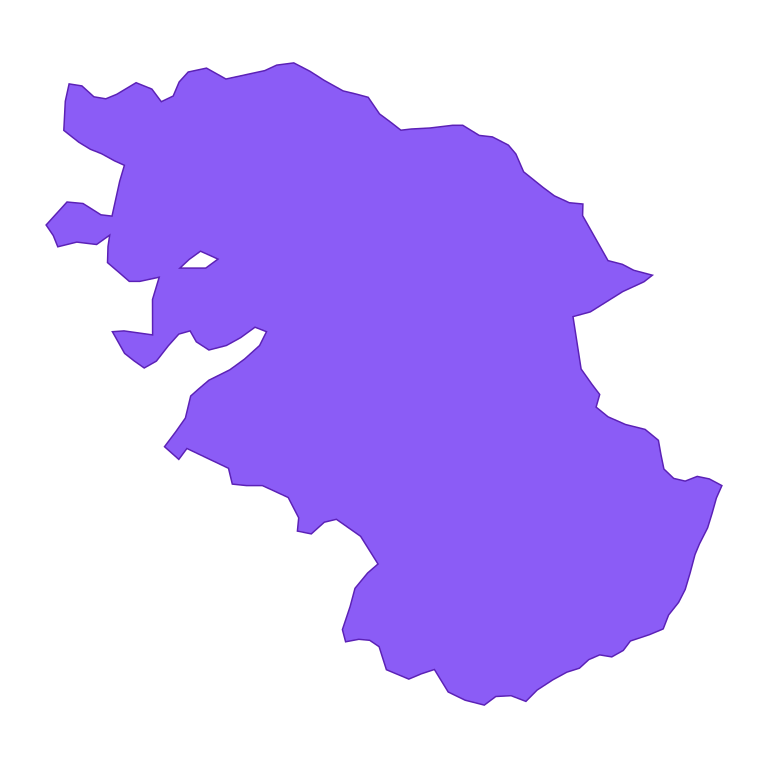 Guapirama, Paraná, Brazil (Robinson projection)
{"feature_id": "56859067B61093640054978", "entity_name": "Guapirama", "entity_type": "district", "adm_level": 2, "iso_a3": "BRA", "parent_name": "Brazil", "parent_adm1": "Paraná", "projection": "robinson", "projection_center": [-50.09, -23.472], "detail": "fine", "context": "isolated", "style": "filled", "palette": "violet", "viewbox_px": 768, "rotation_deg": 0, "n_neighbors": 0, "source": "geoboundaries", "source_scale": "gbopen_adm2", "svg_char_len": 2150}
<svg xmlns="http://www.w3.org/2000/svg" viewBox="0 0 768 768"><path d="M379.1,646.7L386.4,669.7L408.8,679.1L421.1,673.9L434.4,669.5L448.2,692.0L465.1,700.2L484.3,705.1L495.8,696.5L511.1,695.7L525.9,701.4L537.2,690.0L552.7,679.9L566.8,672.2L579.4,668.2L588.8,659.6L599.7,654.9L611.8,656.9L623.3,650.4L630.4,641.0L649.6,634.6L663.2,628.9L668.6,615.0L678.6,602.4L685.2,589.5L690.1,573.0L695.0,554.6L699.5,543.8L707.6,527.9L712.1,513.3L716.4,498.0L721.9,485.6L709.3,478.9L697.2,476.4L685.2,481.1L673.7,478.4L663.9,469.0L660.9,454.4L658.4,440.3L645.1,429.4L625.5,424.5L608.0,416.8L596.1,407.1L599.7,394.5L592.0,384.4L581.1,369.0L573.0,316.6L590.3,311.9L622.7,291.6L644.1,281.7L652.4,275.2L633.8,270.3L622.3,264.3L608.0,260.6L582.6,215.6L582.9,204.0L569.2,202.7L554.3,195.8L543.0,187.4L523.6,171.8L515.9,154.0L508.4,145.1L492.4,136.9L479.2,135.4L462.8,125.3L452.5,125.3L429.9,128.0L411.3,129.0L400.9,130.2L392.1,123.3L379.5,113.9L368.2,97.3L357.1,94.3L343.1,90.9L323.9,80.2L310.0,71.3L293.8,62.9L276.7,65.1L264.8,70.6L253.7,73.0L225.9,79.0L206.5,68.1L188.2,72.0L179.2,81.9L173.2,96.0L161.3,101.7L151.9,89.1L136.1,82.7L116.7,94.3L105.8,98.8L93.9,96.8L81.9,85.9L69.1,83.9L65.3,101.2L63.8,130.4L78.9,142.3L90.4,149.3L101.5,153.7L114.6,160.9L124.4,165.3L119.7,181.2L112.0,216.1L100.9,214.8L83.0,203.5L67.0,202.0L46.1,225.0L53.3,235.6L57.8,246.8L76.8,242.1L96.6,244.5L109.7,235.1L108.0,246.5L107.5,262.6L120.8,274.0L129.3,281.4L139.7,281.4L159.2,277.2L152.5,299.5L152.6,334.9L124.0,330.9L112.4,331.7L124.6,353.4L134.4,361.1L144.2,368.0L156.4,361.1L168.3,345.8L178.8,334.1L190.1,330.9L196.3,341.8L208.9,350.0L226.4,345.5L240.7,337.6L255.0,327.2L266.5,331.7L259.6,345.5L244.5,359.1L229.8,369.8L208.9,380.2L198.8,388.8L190.7,396.0L185.4,418.0L176.0,431.4L164.5,446.7L178.8,459.4L186.9,448.5L228.5,468.3L232.3,484.1L246.6,485.6L262.4,485.6L288.2,497.5L298.7,517.8L297.4,531.1L311.3,533.9L324.3,522.2L336.4,519.3L360.6,536.3L378.0,564.0L367.6,573.0L355.0,588.3L350.1,606.6L342.4,629.6L345.6,641.8L358.8,639.3L369.7,640.3L379.1,646.7ZM179.9,268.1L189.2,259.4L200.5,251.2L218.0,259.1L205.7,268.1L179.9,268.1Z" fill="#8b5cf6" stroke="#5b21b6" stroke-width="1.5"/></svg>